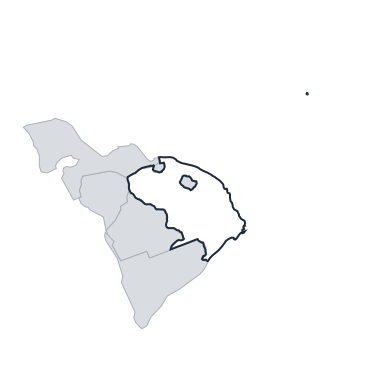 map of South Africa with Lesotho, Zimbabwe, Botswana and 3 others greyed out, rotated 252°
{"feature_id": "ZAF", "entity_name": "South Africa", "entity_type": "country or territory", "adm_level": 0, "iso_a3": "ZAF", "parent_name": "Africa", "parent_adm1": "", "projection": "albers", "projection_center": [25.295, -34.555], "detail": "fine", "context": "with_neighbors", "style": "outline", "palette": "slate", "viewbox_px": 384, "rotation_deg": 252, "n_neighbors": 6, "source": "natural_earth", "source_scale": "50m", "svg_char_len": 7605}
<svg xmlns="http://www.w3.org/2000/svg" viewBox="0 0 384 384"><g transform="rotate(252 192 192)"><path d="M204.5,183.8L209.6,188.8L206.2,195.1L202.4,196.2L201.1,198.7L198.6,199.4L193.7,193.2L201.2,185.3L204.5,183.8Z" fill="#d9dde1" stroke="#a8b0b8" stroke-width="1"/><path d="M225.6,134.4L212.7,132.6L208.1,128.9L202.4,127.5L200.4,119.8L197.2,118.9L188.7,110.3L181.9,98.3L195.6,100.0L206.9,89.0L209.7,88.5L210.8,85.9L215.3,83.0L221.3,82.3L221.7,85.1L228.3,85.3L233.3,89.1L237.0,89.9L240.9,92.7L237.4,120.1L233.9,126.1L225.6,134.4Z" fill="#d9dde1" stroke="#a8b0b8" stroke-width="1"/><path d="M212.7,132.6L202.1,137.9L195.4,143.6L190.7,151.7L186.8,152.3L184.8,158.5L180.2,160.3L174.4,160.0L168.0,156.9L164.5,158.8L162.9,162.6L156.2,168.7L151.2,169.7L149.5,167.0L150.0,162.2L145.4,154.9L143.4,153.9L142.2,131.1L149.5,130.5L148.5,103.0L166.0,99.5L169.0,102.6L173.8,99.5L181.9,98.3L188.7,110.3L197.2,118.9L200.4,119.8L202.4,127.5L208.1,128.9L212.7,132.6Z" fill="#d9dde1" stroke="#a8b0b8" stroke-width="1"/><path d="M142.2,131.1L144.9,182.9L139.0,187.3L135.4,188.1L127.9,186.6L126.5,183.3L123.6,181.4L120.6,185.6L115.0,180.1L111.7,174.6L103.4,149.9L100.8,136.5L93.1,127.7L85.8,114.3L78.7,107.7L77.4,101.9L85.4,98.1L90.4,97.8L95.4,100.7L127.7,96.9L133.3,100.2L152.0,100.4L172.4,95.0L177.4,95.4L180.5,97.1L169.0,102.6L166.0,99.5L148.5,103.0L149.5,130.5L142.2,131.1Z" fill="#d9dde1" stroke="#a8b0b8" stroke-width="1"/><path d="M257.7,54.8L263.9,54.8L273.4,57.9L281.3,57.7L284.5,55.8L289.4,56.5L298.6,54.9L305.7,51.6L306.6,55.0L303.7,80.6L304.5,84.4L297.6,94.2L292.0,98.2L275.5,102.7L253.7,117.4L252.6,122.8L255.6,129.0L256.5,136.0L257.8,135.7L255.3,146.8L256.8,148.3L255.5,151.4L252.2,153.9L237.1,159.6L233.8,162.2L234.2,165.6L235.9,166.2L235.0,170.3L229.7,169.9L228.1,159.9L229.9,151.3L225.6,134.4L233.9,126.1L237.4,120.1L240.9,92.7L237.0,89.9L233.3,89.1L228.3,85.3L221.7,85.1L220.9,76.9L245.3,72.2L249.6,76.1L251.9,75.6L254.8,77.8L255.0,80.9L253.0,84.2L253.2,89.6L257.8,94.8L260.7,89.7L264.2,88.5L264.5,78.7L261.8,73.0L259.1,70.3L256.3,70.1L254.9,60.2L257.7,54.8Z" fill="#d9dde1" stroke="#a8b0b8" stroke-width="1"/><path d="M229.7,169.9L228.0,173.3L223.9,173.9L220.0,169.4L220.1,166.7L222.9,161.6L225.0,161.1L228.5,162.8L229.7,169.9Z" fill="#d9dde1" stroke="#a8b0b8" stroke-width="1"/><path d="M212.1,133.3L214.3,133.0L216.1,133.4L218.2,134.4L220.1,134.7L222.0,134.6L223.5,134.6L224.7,134.8L225.6,135.2L226.2,135.6L226.2,136.1L226.3,136.2L226.5,137.3L227.0,139.0L227.2,140.5L227.6,142.6L227.5,143.7L227.6,144.2L228.0,144.7L228.4,145.7L228.6,146.3L228.7,146.7L229.2,147.5L229.6,148.7L229.8,150.2L230.1,151.0L230.2,151.3L230.3,152.0L230.2,153.4L230.1,155.0L230.0,156.8L229.9,158.3L229.8,159.0L229.7,161.2L229.1,162.3L229.1,163.2L229.2,163.7L229.0,163.8L228.7,163.9L227.1,162.9L225.6,161.8L225.3,161.8L225.0,161.9L224.0,162.5L223.1,163.5L222.7,164.4L222.0,165.4L220.9,166.8L220.8,167.2L220.7,168.4L220.7,169.6L220.8,169.8L221.3,169.8L221.7,170.8L222.5,172.4L223.9,173.5L225.2,174.0L227.1,174.3L228.6,174.3L228.6,173.3L228.9,171.6L229.1,170.5L229.3,170.5L229.7,170.6L229.9,170.7L230.5,170.7L231.6,171.0L232.5,171.1L233.3,171.1L234.6,171.1L235.3,171.2L234.9,173.0L233.7,175.8L233.3,177.0L232.1,181.6L230.9,183.9L230.2,184.9L228.3,186.5L227.8,186.8L227.3,187.0L226.5,187.1L223.3,190.4L222.1,192.0L220.9,194.4L219.9,195.7L218.3,198.5L216.9,200.7L215.6,202.6L213.3,205.3L212.3,206.1L211.7,206.4L209.9,208.0L207.5,210.5L205.6,212.7L202.8,215.3L201.3,216.4L198.9,218.6L198.2,218.9L195.6,221.0L193.7,222.2L190.7,223.6L189.5,224.0L186.6,223.6L185.4,223.8L184.4,224.7L184.4,226.0L183.9,226.2L183.3,226.1L181.3,225.6L180.2,225.7L179.6,226.4L179.1,227.3L177.6,227.3L175.0,226.4L171.8,225.9L171.1,225.9L169.6,226.6L169.1,226.7L166.8,226.6L165.6,226.2L164.4,226.2L163.5,226.6L162.5,226.7L159.6,229.3L158.1,229.3L156.8,229.6L156.1,229.7L154.9,229.4L154.5,229.4L153.8,229.6L153.1,230.0L151.5,230.3L150.9,230.7L148.4,233.0L147.8,233.0L147.3,232.9L145.9,232.9L144.3,231.8L143.7,231.9L143.8,231.6L143.9,230.9L143.5,230.5L143.3,230.3L142.7,230.4L142.3,229.9L141.4,229.9L141.0,230.1L140.6,230.1L140.5,229.6L140.5,229.2L140.5,228.7L140.3,228.1L139.9,227.9L139.7,227.8L139.0,227.9L138.5,228.0L138.3,228.2L138.1,228.7L138.2,230.1L137.9,229.7L137.4,228.9L137.2,228.0L137.3,226.9L138.0,226.5L137.9,225.8L137.7,225.1L136.8,223.6L136.4,222.9L135.7,222.4L135.1,221.3L134.5,220.9L134.2,220.0L133.7,219.4L133.4,218.4L133.7,217.7L134.1,217.4L134.6,217.9L135.2,217.6L135.9,216.8L136.3,215.6L136.2,213.7L136.0,212.6L135.2,209.6L134.8,208.9L133.2,206.9L131.2,204.1L128.6,199.7L127.4,197.1L125.3,191.7L123.6,188.7L121.6,186.0L121.4,185.8L121.6,185.4L122.5,184.7L122.9,184.5L123.1,184.5L123.4,184.3L123.5,183.9L123.5,183.4L123.6,182.8L123.8,182.4L124.0,181.7L124.3,181.2L125.2,180.8L125.8,181.2L126.1,181.6L126.3,182.1L126.6,182.3L127.0,182.3L127.4,182.6L127.6,183.2L127.6,183.7L127.4,184.0L127.5,184.4L127.8,184.8L128.0,185.3L128.3,185.9L129.4,186.2L130.0,186.3L131.0,186.3L131.9,186.5L132.8,186.9L134.3,186.9L136.2,186.6L137.9,186.6L139.2,187.0L140.1,187.0L140.7,186.7L140.9,186.2L140.8,185.7L141.1,185.3L141.7,185.1L142.2,184.7L142.5,184.0L143.4,183.3L144.8,182.8L145.5,182.8L145.5,181.7L145.3,178.2L145.1,174.7L144.9,171.2L144.7,167.7L144.6,164.2L144.4,160.7L144.2,157.2L144.0,153.9L144.4,154.1L146.7,155.8L147.4,156.7L147.7,157.2L148.8,159.3L149.6,161.2L150.2,162.6L150.3,163.2L150.4,163.9L150.5,164.2L150.5,164.5L150.1,165.3L149.7,165.9L149.3,166.8L149.3,167.9L149.5,169.1L149.8,169.7L150.2,169.9L151.1,169.6L151.7,169.6L152.5,169.8L155.2,169.6L155.5,169.7L156.5,169.7L156.9,169.6L157.2,169.3L157.5,168.5L157.8,168.3L158.4,168.1L159.0,167.9L159.6,167.4L160.4,165.9L162.2,164.5L162.7,164.2L163.1,163.8L163.4,163.3L163.9,161.6L164.4,160.2L164.5,159.6L164.9,158.5L165.4,157.8L165.9,157.4L166.2,157.3L166.8,157.1L167.7,156.9L168.5,157.1L169.5,157.5L170.6,158.2L171.7,159.0L172.2,159.5L172.7,159.6L173.7,159.7L174.3,159.7L175.3,160.5L175.8,160.6L176.9,160.8L178.3,161.1L179.1,161.1L180.0,160.6L180.7,160.6L181.6,160.6L182.5,160.5L183.2,160.3L183.7,159.9L184.2,159.4L184.7,158.1L185.0,157.0L185.5,155.8L186.1,154.2L186.3,153.0L186.6,152.7L187.4,152.4L188.1,152.1L190.1,151.7L190.5,151.4L190.8,150.9L191.7,150.0L192.7,149.2L193.2,148.8L194.3,145.1L194.4,144.6L195.1,143.6L195.6,143.2L195.9,143.2L196.3,143.0L196.8,142.5L197.5,142.2L198.2,142.1L198.7,141.7L198.9,141.2L199.3,140.9L199.8,140.9L200.1,140.8L200.2,140.4L200.5,140.1L201.1,139.8L201.4,139.5L201.4,139.2L202.1,138.3L203.5,136.9L204.8,136.2L206.0,136.1L207.1,135.8L208.2,135.4L209.0,134.8L209.5,133.9L210.4,133.4L212.1,133.3ZM205.4,195.3L206.5,194.9L207.1,194.6L207.4,194.3L207.9,194.0L208.1,193.0L208.3,192.2L208.6,191.9L209.0,191.6L209.3,191.2L209.8,190.3L210.1,189.3L210.1,188.9L210.0,188.5L209.8,188.0L209.5,187.5L209.3,187.4L208.7,187.0L207.9,186.3L207.2,185.7L206.6,184.9L206.3,184.7L205.7,184.1L205.4,183.8L205.2,183.4L204.8,183.4L204.0,183.5L202.3,184.1L201.3,184.7L200.4,185.4L199.5,185.7L198.9,185.9L198.3,186.8L197.8,187.5L197.4,188.2L197.1,188.6L196.9,188.8L196.7,189.2L196.2,190.0L195.7,190.5L195.2,190.7L194.4,191.1L194.1,191.3L194.1,191.6L194.3,192.3L194.6,193.0L195.0,193.8L195.3,194.4L195.8,195.1L196.1,195.5L196.0,196.2L196.1,196.5L196.3,196.8L196.5,197.0L196.9,197.2L197.0,197.3L197.3,197.6L197.6,198.0L198.1,198.6L198.7,199.1L199.7,199.3L200.4,199.5L200.7,199.4L201.0,199.0L201.2,198.6L201.3,198.0L201.6,197.7L202.5,196.2L203.1,195.6L203.4,195.6L203.8,195.5L204.3,195.5L204.7,195.5L204.8,195.5L205.4,195.3ZM250.5,332.3L250.3,332.4L249.2,332.2L249.1,331.9L249.5,331.4L250.3,331.5L250.7,331.9L250.7,332.0L250.5,332.3Z" fill="none" stroke="#1e293b" stroke-width="2"/></g></svg>